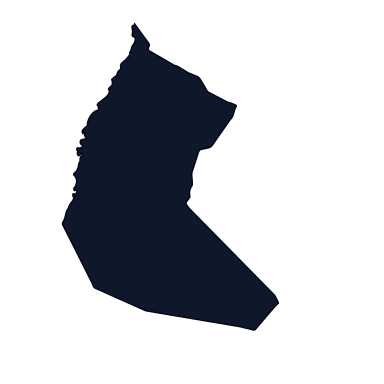 outline of Alto Paraguay, rotated 205°
{"feature_id": "PRY-597", "entity_name": "Alto Paraguay", "entity_type": "Department", "adm_level": 1, "iso_a3": "PRY", "parent_name": "Paraguay", "parent_adm1": "", "projection": "equal_earth", "projection_center": [-58.696, -20.855], "detail": "fine", "context": "isolated", "style": "filled", "palette": "ink", "viewbox_px": 384, "rotation_deg": 205, "n_neighbors": 0, "source": "natural_earth", "source_scale": "10m", "svg_char_len": 3279}
<svg xmlns="http://www.w3.org/2000/svg" viewBox="0 0 384 384"><g transform="rotate(205 192 192)"><path d="M296.5,136.0L296.5,137.3L296.8,137.6L297.3,137.5L297.8,137.6L298.2,138.2L298.8,139.1L298.9,140.0L296.7,141.0L296.2,142.4L296.6,143.9L297.8,144.9L298.1,144.8L298.4,144.3L298.8,143.8L299.4,143.8L299.8,144.1L300.3,144.7L300.6,145.5L300.0,147.8L300.2,149.8L300.6,151.9L301.1,153.2L302.0,154.7L303.3,155.9L304.7,156.9L305.8,157.2L306.7,157.9L306.6,159.3L305.6,161.7L305.5,163.4L305.5,165.5L305.8,167.4L306.5,169.4L306.5,170.3L306.5,172.1L306.6,173.2L307.4,174.8L307.7,175.7L307.7,176.6L307.2,178.2L307.2,179.1L307.6,180.0L308.2,180.6L308.7,180.5L309.3,177.7L310.1,177.0L311.1,177.2L311.9,178.0L312.1,178.5L312.5,179.7L312.7,180.2L313.1,180.7L314.0,181.5L314.6,182.2L314.7,183.0L314.3,183.6L313.5,184.0L312.2,184.3L311.7,184.8L311.1,185.8L310.1,186.6L309.7,187.4L310.1,187.9L311.6,188.0L312.9,188.4L313.9,189.2L314.6,190.5L314.7,191.9L314.1,192.8L311.6,194.5L311.0,195.6L311.2,196.5L311.6,196.9L312.1,197.1L312.2,197.3L312.5,197.3L313.9,198.7L315.3,200.6L315.7,200.6L316.0,199.2L317.1,200.4L317.2,202.2L316.6,204.1L315.0,207.3L315.0,208.4L316.0,210.9L316.4,214.6L316.1,218.4L315.2,221.8L313.9,224.4L312.1,226.0L311.8,226.6L311.8,227.6L312.1,228.3L312.4,228.7L312.6,229.2L313.1,230.0L314.1,230.4L314.8,231.2L314.3,233.3L310.2,241.2L309.3,243.9L309.0,245.6L309.1,247.5L309.6,248.9L310.7,249.5L311.3,250.2L310.8,251.8L310.1,253.7L309.6,255.1L309.9,256.4L310.5,257.9L311.3,259.1L311.9,259.5L312.3,260.3L309.6,265.8L309.7,267.3L309.9,268.8L309.8,270.4L309.0,272.2L308.6,273.6L309.1,274.7L310.0,276.1L310.4,277.9L310.2,278.9L308.7,282.3L308.2,283.0L308.0,283.8L306.7,288.5L306.6,289.7L306.6,290.9L306.7,291.7L307.5,292.3L307.0,293.0L307.4,296.4L307.9,297.7L307.2,302.8L307.4,304.7L307.9,306.5L308.5,307.5L309.4,308.0L311.0,308.0L312.1,308.4L312.7,309.2L313.3,311.9L316.1,316.3L316.3,317.2L315.2,318.5L314.8,319.1L315.0,320.0L294.1,308.5L293.2,307.8L292.7,307.0L292.3,303.1L291.5,302.3L289.9,301.8L261.5,299.3L258.3,299.8L245.4,298.4L236.0,298.9L235.1,298.8L233.6,298.3L231.3,297.1L224.5,292.4L221.5,290.2L219.8,289.4L197.9,288.4L194.6,289.0L189.0,289.2L188.4,289.0L188.2,288.1L188.2,285.6L187.2,278.2L187.2,277.4L187.3,276.3L188.1,273.1L193.5,242.5L193.8,241.7L194.1,241.0L195.0,239.7L196.0,238.8L202.1,234.2L202.4,233.8L202.6,233.5L202.7,233.2L202.8,232.8L202.9,232.2L203.0,231.5L203.0,230.7L200.4,209.8L199.8,208.1L199.5,207.3L196.2,201.6L194.9,198.8L194.8,198.2L194.7,197.5L195.0,195.4L195.0,194.7L194.9,194.0L194.6,192.0L194.2,191.0L193.5,189.3L192.2,187.2L192.0,186.8L191.9,186.3L191.9,185.9L193.1,179.6L191.5,178.0L187.3,175.8L73.3,133.2L67.6,128.7L66.8,127.8L67.2,126.8L67.9,124.6L68.7,122.5L70.4,116.5L72.1,110.5L73.7,104.5L75.4,98.4L76.5,94.4L77.0,93.4L78.0,92.9L83.4,91.9L84.7,91.6L87.6,91.0L90.5,90.5L91.8,90.2L112.4,84.5L133.1,78.8L153.7,73.1L174.4,67.4L183.6,64.9L188.6,64.8L200.1,64.6L211.6,64.4L223.2,64.2L234.7,64.0L239.6,64.0L240.9,64.4L242.7,66.0L244.4,67.6L247.5,70.0L253.2,74.5L258.9,79.0L264.6,83.5L270.3,88.0L276.0,92.5L281.7,97.0L287.4,101.4L293.1,105.9L295.5,107.8L296.1,108.8L296.3,109.9L296.1,112.6L296.3,115.3L297.3,120.0L297.5,122.5L297.3,124.3L297.4,127.8L297.3,129.5L296.4,133.8L296.5,136.0Z" fill="#0f172a" stroke="#020617" stroke-width="1.5"/></g></svg>